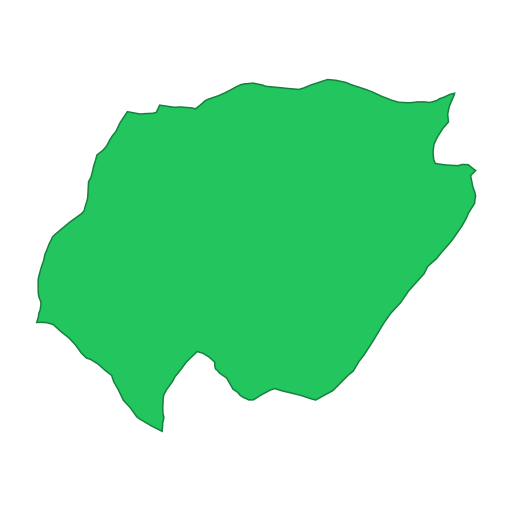 Erbil, Arbil, Iraq (Natural Earth projection), rotated 273°
{"feature_id": "34846034B81757937090155", "entity_name": "Erbil", "entity_type": "district", "adm_level": 2, "iso_a3": "IRQ", "parent_name": "Iraq", "parent_adm1": "Arbil", "projection": "natural_earth1", "projection_center": [44.002, 36.09], "detail": "fine", "context": "isolated", "style": "filled", "palette": "green", "viewbox_px": 512, "rotation_deg": 273, "n_neighbors": 0, "source": "geoboundaries", "source_scale": "gbopen_adm2", "svg_char_len": 2624}
<svg xmlns="http://www.w3.org/2000/svg" viewBox="0 0 512 512"><g transform="rotate(273 256 256)"><path d="M76.0,171.4L80.9,171.6L84.8,171.6L87.2,172.1L89.7,172.5L94.6,171.2L101.0,170.8L105.2,170.8L109.1,170.8L112.7,171.2L118.0,173.8L126.1,179.1L131.0,181.3L138.8,187.0L146.2,191.8L150.1,195.3L157.5,202.3L156.1,208.0L152.9,214.1L150.1,217.6L147.9,220.3L143.7,220.7L140.9,221.6L140.2,222.9L137.0,225.9L132.7,233.0L126.7,236.9L121.8,240.0L118.9,244.8L116.1,247.4L114.0,250.9L112.9,254.0L111.9,256.2L112.2,261.0L117.2,268.0L122.8,277.2L124.6,281.6L122.8,288.6L120.4,301.5L119.2,307.8L116.1,319.2L115.3,323.2L121.3,332.8L125.6,339.8L131.9,345.5L142.2,354.7L146.1,359.1L156.0,364.3L163.0,369.2L176.8,377.1L195.6,387.1L205.5,393.3L217.1,402.9L229.2,410.3L243.3,421.7L247.2,424.9L254.5,427.9L262.8,436.4L268.7,440.6L275.6,446.1L281.9,450.9L288.8,455.2L296.6,460.0L303.9,463.7L310.3,466.1L316.7,469.7L320.1,471.6L323.0,471.6L327.4,472.2L331.9,470.9L335.8,469.1L347.5,466.1L352.9,470.9L354.4,468.5L358.3,463.1L358.3,457.6L356.8,452.8L356.8,448.5L356.8,440.6L357.8,430.3L361.2,428.5L369.0,427.3L376.9,427.9L384.2,430.9L393.0,435.8L399.9,441.2L407.7,440.0L415.6,441.2L427.3,445.5L428.9,445.8L427.6,441.4L424.4,435.3L422.6,430.9L420.9,428.7L419.1,423.9L418.4,421.3L418.7,416.0L418.4,409.5L417.3,403.3L417.0,399.8L417.0,395.4L417.0,390.2L417.7,387.6L418.7,383.2L420.8,377.1L421.9,373.5L425.8,363.9L428.2,356.5L432.1,342.0L433.9,337.2L435.6,327.1L436.0,318.4L434.2,313.5L430.3,303.5L429.6,301.7L426.4,295.1L424.6,290.3L425.0,278.1L425.3,272.8L425.7,263.2L426.0,256.6L427.1,253.5L427.8,248.7L428.5,243.9L427.8,239.5L427.4,236.0L426.4,232.1L423.9,227.3L420.3,221.6L419.3,219.8L417.5,216.7L414.3,210.6L412.2,205.4L409.7,199.2L408.0,196.6L404.4,193.1L399.8,187.8L400.5,184.3L400.9,172.5L400.2,166.8L401.6,151.9L394.2,148.9L393.1,145.4L392.4,137.9L391.7,133.1L392.7,125.2L393.4,120.0L385.3,115.2L381.4,113.0L372.9,109.5L368.7,106.4L364.1,103.8L358.1,101.1L353.5,97.6L348.6,91.9L342.6,90.6L338.0,89.3L332.3,88.4L326.0,87.1L321.4,84.9L305.8,84.9L303.0,84.5L296.3,82.8L292.1,81.9L289.3,79.7L280.1,68.3L276.5,64.4L271.6,59.1L266.7,53.9L264.2,51.7L261.7,50.8L257.8,49.0L251.1,46.8L246.5,45.1L240.5,44.2L232.8,42.0L226.8,40.7L222.5,39.8L218.3,39.8L210.2,40.3L206.3,40.7L203.1,41.6L199.6,43.3L196.8,43.8L191.1,43.3L186.9,42.0L184.4,42.0L178.1,40.5L178.5,44.9L178.5,50.2L177.0,57.0L169.5,66.2L164.4,73.5L157.4,80.7L150.0,86.6L145.3,91.9L144.1,96.2L139.8,104.0L138.1,106.1L134.3,110.8L129.2,118.1L123.0,120.5L115.6,125.3L105.0,131.1L97.9,138.4L89.3,145.2L87.0,148.6L80.7,160.7L76.0,171.4Z" fill="#22c55e" stroke="#15803d" stroke-width="1.5"/></g></svg>